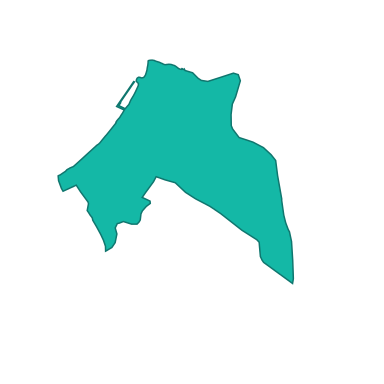 outline of Town, Soufrière, Saint Lucia, rotated 55°
{"feature_id": "8701671B57419145053481", "entity_name": "Town", "entity_type": "district", "adm_level": 2, "iso_a3": "LCA", "parent_name": "Saint Lucia", "parent_adm1": "Soufrière", "projection": "equal_earth", "projection_center": [-61.059, 13.855], "detail": "fine", "context": "isolated", "style": "filled", "palette": "teal", "viewbox_px": 384, "rotation_deg": 55, "n_neighbors": 0, "source": "geoboundaries", "source_scale": "gbopen_adm2", "svg_char_len": 3114}
<svg xmlns="http://www.w3.org/2000/svg" viewBox="0 0 384 384"><g transform="rotate(55 192 192)"><path d="M84.6,129.7L85.3,129.7L86.0,129.5L85.8,129.9L85.2,130.7L84.4,131.4L83.9,131.7L83.5,132.0L83.0,132.2L82.7,132.4L82.1,132.4L81.1,132.8L79.8,133.2L78.8,133.6L78.1,134.0L77.5,134.5L76.9,135.0L76.1,135.5L75.4,136.1L74.9,136.7L74.3,137.4L73.6,138.5L73.3,139.2L72.9,139.8L72.7,140.4L72.4,140.8L72.0,141.3L71.7,141.5L71.3,141.9L70.7,142.2L70.0,142.5L69.2,143.0L68.5,143.5L67.9,143.8L67.2,144.2L66.6,144.6L65.9,145.2L65.1,145.8L64.4,146.4L63.9,146.7L63.3,147.1L62.4,147.6L62.1,148.0L61.1,149.0L60.8,149.5L60.3,150.3L59.9,151.0L59.6,151.7L59.4,152.3L59.5,152.8L60.5,153.5L61.1,154.0L62.8,155.5L64.0,156.8L65.0,157.8L65.7,158.4L66.3,159.0L67.0,159.8L67.5,160.5L68.2,161.3L68.9,162.3L69.3,162.8L69.7,163.5L69.9,164.1L70.1,164.7L70.4,165.4L70.2,166.7L69.7,167.7L69.4,168.1L69.1,168.3L68.3,168.8L67.9,169.3L67.5,169.6L67.3,170.3L67.3,171.6L67.7,172.4L68.0,172.9L68.6,173.6L69.3,174.0L70.3,174.0L71.5,173.8L72.1,173.7L72.6,173.8L73.8,174.8L74.3,175.4L76.7,179.5L77.8,181.4L78.1,182.0L78.6,182.9L79.7,185.1L80.1,186.1L80.4,186.7L80.8,187.7L81.6,189.4L82.2,190.4L83.1,191.9L84.0,193.3L84.2,193.8L84.5,195.2L84.9,196.8L85.2,198.0L85.4,198.6L85.4,199.0L84.8,199.3L79.2,202.4L78.1,199.5L77.6,199.8L76.7,197.3L75.0,192.8L73.1,187.7L71.3,182.8L70.9,181.8L70.1,179.7L69.5,177.9L68.8,176.0L68.1,176.4L70.2,181.9L73.8,191.5L77.1,200.5L78.7,204.7L85.4,200.8L86.0,200.4L86.7,201.9L87.0,202.6L87.6,203.8L87.8,204.4L88.2,205.5L88.9,207.1L89.6,208.7L89.8,209.9L90.3,211.8L90.6,212.8L90.9,213.6L91.3,214.4L91.8,214.5L94.1,222.2L96.3,229.8L96.4,230.5L97.9,235.9L98.9,239.2L99.0,240.2L99.2,240.9L99.1,243.1L100.4,253.1L102.2,266.9L103.1,274.4L103.0,275.4L102.8,275.9L102.6,277.0L102.3,278.2L102.3,279.1L102.1,280.6L102.0,281.6L102.5,283.9L102.4,286.9L102.4,290.1L102.1,291.4L102.0,292.4L106.2,294.8L114.1,296.9L117.4,297.2L120.0,282.9L128.0,283.2L140.6,282.9L141.0,283.1L142.2,283.5L147.1,288.5L149.1,288.5L153.0,288.7L155.8,288.5L158.3,289.5L160.8,289.7L165.8,290.1L174.4,291.1L180.7,292.2L186.8,294.0L190.9,296.7L191.1,295.3L191.1,294.6L191.5,289.5L189.4,284.0L183.3,277.6L177.4,275.5L175.0,271.3L175.8,269.4L176.8,265.2L179.9,262.8L183.7,259.9L186.8,255.4L186.2,252.5L185.2,250.4L180.7,246.4L179.0,243.5L177.6,237.7L177.4,232.7L175.4,231.6L172.9,233.0L167.9,235.9L165.8,230.3L161.5,217.6L158.9,212.6L166.6,207.1L174.8,200.4L188.6,197.5L199.6,193.0L213.9,185.6L226.1,180.9L252.1,173.0L255.2,171.7L262.9,168.5L266.3,167.1L268.2,166.3L271.7,165.8L274.9,167.7L284.1,173.0L288.0,173.7L290.8,173.7L295.1,172.2L305.1,168.8L324.6,162.1L322.2,159.7L321.0,158.6L305.9,148.8L289.7,138.9L280.5,135.0L277.9,134.7L271.3,133.0L270.4,132.7L263.6,130.1L256.7,126.6L251.0,123.7L249.7,123.0L249.4,122.6L227.7,112.5L214.2,105.4L206.9,105.8L196.7,108.0L186.2,113.4L180.9,117.3L174.4,122.2L163.8,122.6L160.2,121.8L151.0,115.6L143.1,108.5L139.1,101.8L134.9,96.5L128.6,88.6L122.4,86.8L118.4,89.9L114.5,102.7L110.5,115.6L105.9,120.4L102.3,121.8L94.7,123.1L88.5,128.0L86.9,127.8L87.1,128.4L84.6,129.7Z" fill="#14b8a6" stroke="#0f766e" stroke-width="1.5"/></g></svg>